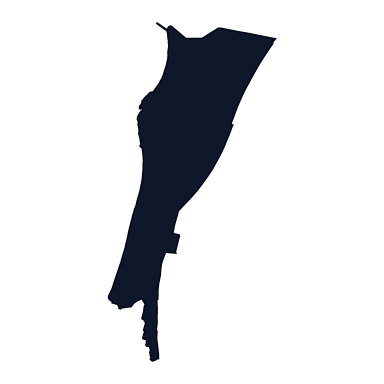 outline of Ainaži, Salacgrivas, Latvia
{"feature_id": "27541924B80186779852289", "entity_name": "Ainaži", "entity_type": "district", "adm_level": 2, "iso_a3": "LVA", "parent_name": "Latvia", "parent_adm1": "Salacgrivas", "projection": "mercator", "projection_center": [24.349, 57.852], "detail": "fine", "context": "isolated", "style": "filled", "palette": "ink", "viewbox_px": 384, "rotation_deg": 0, "n_neighbors": 0, "source": "geoboundaries", "source_scale": "gbopen_adm2", "svg_char_len": 4737}
<svg xmlns="http://www.w3.org/2000/svg" viewBox="0 0 384 384"><path d="M143.9,319.7L144.2,319.9L144.3,320.7L144.3,321.0L145.4,321.9L145.5,321.9L145.5,322.2L145.5,322.6L145.5,323.1L145.2,324.7L143.9,329.1L143.6,329.8L143.9,330.9L144.0,331.0L144.3,331.3L144.7,331.6L145.0,331.9L145.0,332.1L144.9,332.4L144.1,333.3L143.6,334.4L143.5,335.3L142.8,337.8L142.8,338.2L143.0,338.5L143.4,338.9L144.1,339.2L144.3,339.3L145.1,339.3L145.6,339.4L145.9,339.5L146.2,339.8L146.5,340.2L146.6,340.5L146.5,342.1L146.4,343.0L146.0,344.4L146.0,345.0L146.1,345.4L146.2,345.7L146.4,345.9L146.8,346.1L147.2,346.2L148.1,346.1L148.7,346.2L149.1,346.5L149.3,346.7L149.6,347.3L150.1,348.6L150.3,349.2L150.4,349.8L150.4,350.5L150.3,351.0L149.9,352.1L149.8,352.7L150.1,353.3L150.2,354.2L150.4,356.1L151.4,357.5L151.1,358.1L150.4,358.7L150.3,359.0L150.4,359.3L151.1,360.0L152.3,361.0L152.8,360.9L154.8,360.2L155.8,359.7L156.8,358.7L157.7,358.7L158.0,358.8L158.5,358.6L158.4,354.1L157.3,344.2L156.6,338.4L156.9,332.0L156.9,331.1L156.2,330.9L156.6,327.0L156.9,324.2L157.1,321.8L156.9,317.2L157.1,312.3L157.1,310.8L157.2,309.8L157.0,305.0L156.8,301.7L156.7,300.4L156.7,299.9L156.7,299.6L157.7,299.4L157.9,295.1L157.9,290.2L158.4,285.1L158.7,282.7L159.2,280.7L159.6,278.4L160.0,276.7L160.3,274.9L160.4,273.7L160.4,272.8L160.5,272.1L160.7,269.0L161.5,263.4L163.1,258.5L165.6,252.2L175.8,253.1L175.3,252.2L177.8,242.2L179.1,237.1L179.4,236.0L179.2,235.2L179.1,234.9L172.8,233.5L173.0,232.7L174.2,225.9L177.0,215.9L177.3,215.0L178.3,210.9L183.8,205.0L190.1,198.4L191.5,196.9L197.4,190.1L203.0,182.7L208.1,175.6L208.5,174.9L212.3,169.2L212.5,168.8L212.6,168.7L216.3,162.0L219.9,155.4L221.7,151.8L221.9,151.4L222.3,150.5L224.5,145.7L225.9,142.2L228.9,135.1L232.0,126.7L232.8,125.0L230.6,124.7L237.5,106.3L241.1,98.0L245.0,89.7L254.0,73.2L259.0,64.5L265.4,54.3L272.7,43.6L272.9,41.6L275.1,39.3L275.3,39.0L275.5,38.8L274.8,38.6L272.9,38.4L272.6,38.3L248.1,33.4L236.7,31.4L221.2,28.3L218.5,28.2L211.8,32.3L202.4,38.2L201.6,38.5L201.2,38.5L185.8,38.5L171.1,26.1L169.3,26.4L168.5,27.1L167.7,28.5L166.8,29.6L162.2,26.5L157.2,23.0L156.8,23.5L167.0,30.8L167.3,31.0L167.3,31.7L167.2,31.8L167.2,32.0L167.3,32.2L167.4,32.3L167.4,32.5L167.5,32.7L167.6,32.8L167.7,33.8L168.2,39.7L168.3,40.0L168.5,40.1L168.6,40.3L168.6,40.5L168.6,40.8L168.6,41.3L168.6,41.5L168.7,41.9L168.5,42.1L168.5,42.6L168.5,43.6L168.6,43.8L168.8,44.2L168.8,44.3L168.9,44.5L168.8,44.8L169.0,44.8L169.0,45.0L169.0,45.3L168.6,47.5L168.4,48.8L168.3,49.4L168.3,50.8L168.2,51.1L168.1,51.4L168.1,52.0L168.0,52.4L167.9,52.5L167.9,52.8L168.1,53.1L168.1,53.9L168.1,55.4L167.9,58.5L167.3,61.2L166.5,65.1L164.9,70.0L163.8,73.7L163.0,76.0L162.3,77.6L161.9,78.7L160.2,81.4L159.7,82.8L153.4,91.7L152.6,92.1L152.1,92.2L151.7,92.1L151.3,92.3L150.9,92.3L150.6,92.4L150.1,92.6L149.5,92.9L147.3,95.6L146.4,96.1L145.8,96.7L145.1,97.4L144.5,98.0L143.5,99.4L142.1,101.0L141.9,103.4L139.9,105.9L139.5,107.4L139.5,108.5L139.9,108.8L140.7,108.9L142.6,108.7L142.9,109.4L142.9,110.0L142.6,110.6L140.8,111.5L139.7,113.2L138.0,116.0L137.3,119.0L138.0,120.6L138.4,121.8L138.3,123.0L138.1,123.9L138.2,125.2L138.9,127.9L139.1,132.2L139.1,132.7L138.7,133.2L138.6,133.6L139.0,134.3L140.0,138.2L141.0,144.8L140.2,145.3L140.1,145.7L140.1,146.3L140.5,146.7L141.9,147.8L142.3,148.4L142.5,150.2L143.0,154.1L143.4,158.7L143.5,161.7L143.2,163.2L143.2,168.8L143.0,171.5L142.7,174.1L142.6,177.2L141.6,183.3L140.1,190.7L139.0,194.7L138.3,196.8L137.9,198.4L137.5,199.5L136.5,203.9L135.9,206.3L135.1,208.0L134.5,209.3L134.3,210.6L133.7,212.9L132.9,215.0L132.5,216.6L132.1,218.8L131.4,221.0L130.8,223.4L129.2,229.8L127.4,238.3L126.9,240.6L125.7,245.2L125.2,248.0L123.7,252.6L122.6,256.6L121.6,260.0L120.9,262.8L119.3,266.9L118.2,270.7L117.0,273.9L115.2,279.3L112.7,287.0L112.1,289.0L108.9,295.4L108.5,297.1L108.6,297.9L109.0,298.8L109.6,299.6L110.6,300.5L111.5,301.1L112.3,301.7L112.2,302.9L113.9,303.3L115.2,303.7L117.3,304.3L117.8,305.0L119.2,307.1L118.9,308.2L120.4,308.9L121.4,308.0L121.9,307.9L125.5,307.3L126.2,307.2L126.6,307.2L129.2,306.8L130.7,306.8L131.0,306.7L131.6,306.0L133.7,303.3L134.2,302.7L135.7,301.8L138.1,300.5L139.6,299.7L139.9,299.5L140.7,299.2L141.0,299.0L141.3,298.8L141.4,298.7L141.5,298.7L141.7,298.8L141.8,298.9L141.9,299.0L142.0,299.1L142.3,299.5L142.6,299.6L143.2,301.2L144.2,302.5L144.7,303.4L144.8,303.6L145.0,304.0L145.2,304.3L145.1,304.6L145.1,304.8L145.0,305.1L144.8,305.3L144.7,305.7L144.5,306.0L144.4,306.6L144.3,307.1L144.1,308.1L144.0,309.0L143.9,309.6L143.9,310.1L143.8,310.7L143.8,311.3L143.4,312.7L143.1,314.1L142.9,314.9L142.7,315.6L142.6,315.9L142.5,316.3L142.4,316.8L142.3,317.4L142.2,317.6L142.1,317.8L142.0,318.0L142.0,318.3L142.0,318.5L142.1,318.8L143.9,319.7Z" fill="#0f172a" stroke="#020617" stroke-width="1.5"/></svg>